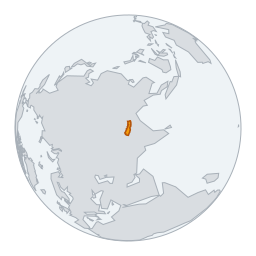 Nepal on an orthographic globe, rotated 259°
{"feature_id": "NPL", "entity_name": "Nepal", "entity_type": "country or territory", "adm_level": 0, "iso_a3": "NPL", "parent_name": "Asia", "parent_adm1": "", "projection": "orthographic", "projection_center": [84.322, 28.374], "detail": "coarse", "context": "on_globe", "style": "filled", "palette": "amber", "viewbox_px": 256, "rotation_deg": 259, "n_neighbors": 0, "source": "natural_earth", "source_scale": "50m", "svg_char_len": 10929}
<svg xmlns="http://www.w3.org/2000/svg" viewBox="0 0 256 256"><g transform="rotate(259 128 128)"><circle cx="128" cy="128" r="113" fill="#eef3f6" stroke="#a8b0b8"/><path d="M165.2,21.7L164.9,21.7L170.9,25.2L175.9,27.6L172.3,26.3L184.0,32.1L189.3,36.3L181.4,30.9L179.0,29.9L181.6,32.2L179.8,31.6L180.0,32.6L177.6,31.9L173.2,29.1L171.5,28.7L173.4,30.4L172.2,31.0L169.7,28.6L167.3,29.5L159.5,25.8L154.5,21.0L148.2,19.5L137.9,16.5L136.9,16.7L132.3,16.1L129.4,16.2L128.3,15.9L127.0,16.3L128.5,16.6L128.5,16.9L126.9,17.1L125.2,16.7L125.8,16.5L124.5,16.5L124.3,16.2L123.5,16.5L121.7,16.1L121.2,16.8L117.8,16.8L117.2,16.5L120.3,16.1L125.9,15.4L133.9,15.5L141.8,16.2L149.7,17.5L157.5,19.3L165.2,21.7ZM110.6,16.7L112.2,16.5L108.6,17.1L104.0,18.0L102.2,18.4L101.9,18.4L110.6,16.7ZM100.0,18.9L99.2,19.2L94.3,20.5L100.0,18.9ZM179.9,29.6L178.3,28.5L180.5,29.8L179.9,29.6ZM180.5,32.8L181.5,33.4L181.2,33.7L180.5,32.8ZM114.0,16.3L113.1,16.4L114.0,16.3ZM115.8,16.1L116.5,16.0L117.5,15.9L117.0,16.0L115.8,16.1ZM177.2,32.9L176.3,33.4L176.4,32.4L177.2,32.9ZM114.6,16.3L119.0,15.8L120.6,15.7L120.1,16.0L114.6,16.3ZM175.3,33.3L173.3,34.7L175.4,36.0L168.2,33.6L172.3,33.0L172.1,31.6L173.6,32.8L175.3,33.3ZM129.7,16.6L128.0,16.3L130.8,16.4L129.7,16.6ZM131.6,16.6L140.5,17.1L142.2,17.8L138.9,17.4L142.3,18.5L138.8,18.6L136.1,18.0L135.7,17.5L134.7,18.0L131.6,16.6ZM164.6,32.2L163.5,32.3L163.8,31.7L164.6,32.2ZM128.6,17.1L130.3,17.0L131.9,17.6L128.9,17.9L129.4,17.6L128.6,17.1ZM145.0,18.8L145.7,19.4L143.0,19.6L142.9,19.9L138.9,18.7L145.0,18.8ZM128.2,17.5L127.4,18.0L125.2,18.0L127.1,17.2L128.2,17.5ZM133.6,17.7L134.3,18.0L132.9,17.9L133.6,17.7ZM116.9,18.4L118.9,18.1L119.9,18.4L116.9,18.4ZM127.2,18.2L128.0,18.3L128.6,18.4L127.6,18.7L127.2,18.2ZM137.3,19.0L136.0,19.0L138.8,19.5L136.9,19.9L134.5,19.0L134.8,19.5L134.2,19.6L132.9,18.8L137.3,19.0ZM128.5,19.5L124.8,18.8L121.0,19.2L120.0,18.9L126.3,18.4L128.5,19.5ZM131.2,19.1L129.3,19.3L129.0,18.8L130.1,18.4L131.2,19.1ZM136.4,20.5L140.0,20.1L140.3,20.4L136.4,20.5ZM127.4,19.7L128.3,19.8L127.2,19.7L127.4,19.7ZM133.7,20.3L134.9,20.1L135.3,20.3L133.7,20.3ZM129.1,20.4L128.0,20.2L128.7,19.9L129.1,20.4ZM131.3,20.4L131.6,20.8L129.6,19.9L131.7,20.3L131.3,20.4ZM133.9,20.5L134.6,20.6L133.4,20.6L133.9,20.5ZM127.0,21.9L124.4,20.8L126.0,20.1L128.3,21.2L127.0,21.9ZM23.2,86.6L25.5,81.3L36.6,69.9L36.1,73.6L41.6,79.0L41.8,80.9L38.0,85.2L39.7,97.4L43.8,94.8L48.4,103.2L53.4,106.2L60.7,97.5L52.5,92.4L54.1,86.8L63.1,86.8L70.7,91.7L71.6,89.7L69.4,83.0L73.8,80.8L68.9,80.5L68.9,83.1L65.9,83.1L65.7,80.8L67.3,80.0L65.7,77.9L58.7,82.6L58.0,85.8L52.3,83.3L50.6,88.5L48.1,89.5L50.1,81.3L51.9,79.1L53.6,69.1L51.2,71.1L49.5,80.8L48.8,79.3L45.6,82.7L47.6,79.0L50.1,68.3L46.7,66.3L37.8,71.5L36.8,70.0L38.0,66.1L45.8,57.8L47.2,62.0L50.0,59.6L53.6,54.2L53.8,56.1L55.4,54.6L56.3,56.1L61.5,54.5L63.0,55.9L68.7,51.9L70.3,52.2L66.4,54.4L64.6,56.8L68.8,60.7L70.7,60.5L74.1,57.7L74.8,59.3L77.5,56.2L81.8,57.4L78.9,53.4L82.8,50.6L87.4,49.7L88.2,48.2L80.7,49.7L78.2,51.0L76.9,53.2L69.6,56.7L67.3,56.2L73.0,50.1L70.4,48.9L76.0,45.2L92.7,42.7L97.8,43.8L98.4,51.4L95.1,52.6L93.2,50.3L91.5,55.0L93.3,53.4L93.9,54.9L97.8,52.9L98.4,54.0L101.1,50.5L102.3,51.6L100.6,53.7L107.3,52.2L110.8,54.0L112.0,53.2L112.4,51.8L116.5,55.3L117.3,54.6L116.2,53.1L116.9,50.9L119.8,48.3L121.1,49.6L120.2,50.7L120.3,55.2L117.8,58.2L118.6,58.5L121.1,56.3L121.0,50.7L122.4,48.9L123.0,51.3L122.9,50.3L124.0,49.8L126.3,50.6L125.9,47.9L136.2,41.9L141.7,43.3L141.0,45.9L149.6,44.1L155.1,46.4L154.1,45.0L157.5,43.6L155.8,42.8L155.6,42.1L163.6,39.0L166.5,39.6L168.8,37.3L168.3,36.6L166.3,36.0L168.2,33.6L175.4,36.0L176.2,37.2L180.2,38.1L181.5,41.1L184.4,44.1L183.5,47.3L185.9,49.7L187.2,49.8L191.4,53.5L195.6,61.1L186.6,54.4L179.2,44.3L181.7,48.2L179.5,47.2L179.3,48.7L181.3,51.6L182.5,52.0L177.1,57.7L178.4,66.6L182.4,65.3L185.9,67.5L190.9,78.1L187.3,94.6L191.9,98.9L192.9,102.1L190.4,104.8L188.9,100.0L185.4,98.9L185.0,96.0L180.4,99.2L179.6,95.2L176.5,99.9L178.8,102.7L183.1,101.2L180.8,107.3L186.5,112.0L188.2,118.6L182.4,131.7L174.7,136.5L174.5,138.6L170.9,136.7L167.0,141.4L174.3,152.2L174.4,155.5L167.6,162.6L167.3,160.2L157.8,155.1L156.6,163.1L163.8,168.9L166.3,176.1L161.0,174.3L158.4,168.0L155.0,166.0L155.5,159.1L152.0,149.1L146.6,151.3L146.6,147.1L140.8,138.6L132.9,141.4L120.4,152.2L119.4,162.7L114.8,166.9L107.7,151.2L106.7,140.7L102.8,141.2L96.6,131.4L82.1,127.9L81.2,124.9L78.2,125.5L74.1,121.5L73.2,116.5L70.2,115.8L72.7,128.9L76.1,129.7L80.7,126.3L80.6,130.6L84.8,135.4L75.8,143.3L56.1,145.8L56.3,137.7L52.2,111.9L53.5,109.8L53.6,109.5L53.6,109.0L51.1,112.2L51.1,107.3L51.1,124.4L50.1,131.1L55.8,146.2L54.8,147.0L57.2,150.5L67.7,151.2L67.3,153.7L61.1,163.6L48.5,173.7L51.3,184.4L52.5,192.3L47.4,194.2L50.6,200.6L48.3,200.9L50.0,204.1L49.7,206.0L48.3,206.5L42.9,201.7L40.3,198.5L34.3,190.1L25.0,171.7L24.0,166.0L22.6,159.9L19.0,143.3L19.6,136.9L19.2,132.8L18.0,131.3L17.7,126.4L17.2,124.9L15.8,118.3L15.8,118.1L16.8,110.1L18.4,102.1L20.5,94.3L23.2,86.6ZM29.5,77.7L28.4,79.5L29.5,77.7ZM76.6,102.2L82.6,104.9L83.6,97.7L86.0,98.2L85.5,95.7L83.7,97.2L82.9,90.6L86.8,89.8L88.0,87.0L86.1,86.0L79.0,88.6L80.0,97.9L77.1,99.8L76.6,102.2ZM63.6,45.7L62.7,47.3L60.5,48.5L58.6,47.6L61.8,45.7L63.6,45.7ZM61.8,49.3L68.0,44.1L69.4,44.7L67.6,45.2L67.9,46.1L65.0,47.2L60.4,53.3L58.1,54.8L55.8,51.8L57.8,51.8L58.6,50.1L61.8,49.3ZM81.2,32.2L83.9,30.7L83.5,33.9L81.1,35.0L79.0,33.9L80.7,32.0L81.2,32.2ZM112.9,17.2L114.0,17.0L114.4,17.0L113.9,17.3L112.9,17.2ZM117.8,18.2L108.8,18.7L109.5,18.3L103.4,19.4L102.9,18.9L106.9,18.2L102.0,18.8L105.5,18.0L101.9,18.6L110.9,17.0L113.8,16.5L110.7,17.2L111.0,17.6L112.0,17.6L117.0,17.4L123.4,16.8L124.7,17.4L124.0,17.9L122.6,18.1L122.2,17.6L120.7,18.3L119.1,17.8L117.8,18.2ZM114.2,27.9L114.3,26.6L111.1,29.1L109.4,28.1L109.1,28.4L106.7,28.3L103.3,28.8L103.0,28.2L101.8,28.6L100.1,28.7L98.4,29.2L97.2,28.3L95.0,29.0L95.7,28.2L92.2,29.6L94.3,28.3L92.3,28.3L91.3,29.6L89.3,25.4L86.8,25.1L83.6,25.8L87.6,23.8L93.2,22.1L98.9,21.2L100.8,21.9L102.3,21.0L103.6,21.2L101.8,21.8L105.3,21.0L105.9,21.3L111.0,21.4L115.6,20.3L117.6,20.5L116.1,21.0L119.1,20.8L117.6,22.1L119.0,22.2L119.0,23.8L115.3,25.1L117.1,25.2L117.1,26.6L114.2,27.9ZM126.9,22.4L122.8,23.8L120.0,24.0L121.3,21.2L120.2,20.9L121.0,19.4L125.2,19.2L124.6,19.6L125.0,20.0L123.5,19.9L125.0,20.2L124.2,20.9L125.1,21.4L123.5,21.7L126.9,22.4ZM43.8,80.0L44.3,81.0L45.5,81.9L43.5,84.1L43.8,80.0ZM45.4,72.7L46.1,73.1L43.8,76.4L43.3,75.5L45.4,72.7ZM48.5,70.6L46.3,72.8L47.2,71.1L48.5,70.6ZM67.3,54.6L68.3,55.0L67.6,55.7L66.2,56.4L67.3,54.6ZM104.3,36.2L104.8,35.2L105.6,35.1L108.6,33.2L110.0,33.9L108.8,35.4L104.3,36.2ZM58.2,98.3L55.6,99.3L55.3,97.9L56.3,97.8L58.2,98.3ZM48.3,91.5L49.6,94.3L47.7,92.1L48.3,91.5ZM106.4,36.8L107.5,35.8L107.6,36.8L106.4,36.8ZM111.3,34.4L111.7,35.4L110.6,33.8L111.3,34.4ZM108.2,236.5L110.3,237.2L108.5,237.0L108.2,236.5ZM67.5,196.9L66.2,208.4L62.0,206.9L59.4,202.6L58.7,195.1L63.0,194.6L64.6,191.5L67.5,196.9ZM191.1,187.9L193.9,187.6L193.8,188.0L191.1,187.9ZM188.3,187.1L191.6,186.4L187.6,188.2L188.3,187.1ZM192.8,186.2L196.1,184.5L197.5,183.4L197.2,184.4L192.8,186.2ZM186.0,187.6L173.3,189.9L168.2,189.4L169.5,187.6L177.8,186.8L186.0,187.6ZM169.1,187.7L161.0,183.9L149.3,170.8L153.5,170.8L165.6,178.3L164.9,179.8L169.7,182.9L169.1,187.7ZM188.1,175.8L187.3,180.3L180.3,181.3L177.1,181.2L174.9,175.9L176.2,172.9L178.8,172.5L188.6,160.7L192.1,162.4L189.2,167.2L192.1,170.5L188.1,175.8ZM119.9,163.7L122.8,169.9L120.2,170.8L119.9,163.7ZM192.1,152.8L188.5,158.1L191.6,151.4L192.1,152.8ZM193.7,146.6L194.2,148.9L192.4,147.0L193.7,146.6ZM174.8,141.8L172.0,142.8L171.7,141.2L175.1,139.0L174.8,141.8ZM189.5,124.2L190.3,129.1L190.0,130.9L188.4,128.2L189.5,124.2ZM120.5,44.0L114.7,45.6L111.5,47.7L111.2,50.2L109.1,47.6L114.1,44.3L120.5,44.0ZM134.1,41.9L134.4,40.0L135.9,40.6L136.1,41.1L134.1,41.9ZM133.1,40.9L130.3,39.2L131.5,38.0L133.5,39.6L133.1,40.9ZM118.1,37.5L116.3,37.8L116.3,37.0L118.1,37.5ZM201.3,213.6L202.3,212.7L203.4,211.7L201.3,213.6ZM209.3,205.9L205.2,209.9L205.5,209.5L203.5,211.4L201.8,212.4L203.1,210.0L201.0,211.8L204.0,208.6L200.5,211.9L200.6,210.4L198.2,210.9L179.2,221.4L175.6,221.8L177.8,219.4L177.1,213.7L178.4,213.5L179.1,209.0L191.1,201.9L200.2,191.3L205.3,190.0L210.2,182.2L215.1,180.5L212.8,186.1L216.8,186.7L222.1,174.1L222.1,183.9L223.4,185.6L220.9,191.4L209.7,205.5L209.3,205.9ZM236.0,158.1L236.3,157.2L236.2,157.5L236.0,158.1ZM198.0,186.5L202.0,182.1L204.0,181.2L198.0,186.5ZM235.9,157.3L235.4,158.0L235.6,157.3L235.9,157.3ZM236.2,155.7L236.3,154.9L236.2,156.5L236.2,155.7ZM235.4,155.2L235.9,155.9L235.3,155.5L235.4,155.2ZM235.0,156.0L234.5,156.0L234.5,155.6L235.0,156.0ZM227.4,164.0L229.4,167.3L227.3,168.9L225.1,167.3L222.6,171.8L217.3,174.2L218.8,171.6L218.3,168.9L212.4,170.4L211.2,168.9L213.4,166.7L209.3,166.7L213.9,164.0L215.6,167.4L218.1,163.1L222.0,161.9L225.6,161.2L228.1,162.4L227.4,164.0ZM213.5,173.0L214.3,172.6L213.5,174.1L213.5,173.0ZM233.5,154.9L234.2,156.0L234.1,156.6L233.7,156.7L233.5,154.9ZM228.7,161.3L231.6,155.9L232.2,155.4L230.2,160.6L228.7,161.3ZM231.1,154.2L232.2,153.7L232.7,155.1L232.4,155.8L231.1,154.2ZM204.2,172.7L204.0,173.9L202.8,173.4L204.2,172.7ZM205.9,171.5L209.5,171.4L205.5,172.6L205.9,171.5ZM194.0,171.0L195.2,173.4L198.9,170.7L196.0,173.9L198.4,177.6L197.5,179.5L195.2,175.4L194.1,180.6L192.4,180.9L191.6,176.9L193.4,171.3L195.1,168.7L201.8,166.0L194.0,171.0ZM205.9,168.2L204.9,165.3L205.6,163.0L206.7,164.3L205.9,168.2ZM201.7,158.5L198.7,155.5L196.2,157.7L201.0,151.0L203.1,154.9L201.7,158.5ZM198.7,150.9L196.4,152.8L198.7,149.1L198.7,150.9ZM195.7,151.7L195.2,149.1L197.1,149.0L195.7,151.7ZM200.0,150.6L200.0,146.0L201.2,148.4L200.0,150.6ZM193.7,143.3L198.3,146.7L192.8,146.1L191.4,137.4L193.7,136.6L193.7,143.3ZM199.2,104.2L198.0,101.8L199.7,100.7L200.1,102.6L199.2,104.2ZM204.3,95.5L199.8,99.6L196.0,103.2L197.7,104.0L197.9,108.6L194.7,105.2L196.5,99.6L199.6,97.6L199.0,93.9L200.6,90.7L198.6,86.5L198.9,84.3L201.7,87.6L204.3,95.5ZM197.6,84.8L194.6,77.3L198.4,77.2L199.9,78.8L199.7,82.3L197.7,82.1L197.6,84.8ZM195.0,75.5L193.1,75.4L184.7,65.8L183.9,63.8L192.2,70.6L190.9,70.9L192.3,73.4L195.0,75.5ZM164.4,32.9L163.5,32.3L164.8,32.6L164.4,32.9ZM154.6,41.7L154.5,40.7L156.0,41.0L154.6,41.7ZM155.0,38.3L153.4,38.7L154.6,37.7L155.0,38.3ZM149.9,39.6L152.5,38.5L150.8,40.4L149.9,39.6Z" fill="#d9dde1" stroke="#a8b0b8" stroke-width="1"/><path d="M134.6,128.9L134.4,130.3L134.7,131.0L134.6,131.7L133.2,131.9L132.7,131.5L132.2,131.8L131.0,131.4L130.6,131.5L130.3,131.0L129.5,131.2L128.6,130.6L128.5,130.1L127.6,129.7L127.1,130.0L126.5,129.8L126.2,130.0L125.2,129.7L125.1,129.4L124.7,129.4L123.9,128.9L123.7,129.0L122.5,128.0L121.6,127.4L121.3,127.4L120.7,126.9L121.2,125.5L121.7,124.8L122.2,124.4L122.7,124.7L123.1,124.1L123.8,124.0L124.1,124.1L124.4,124.6L125.5,125.4L126.0,125.6L126.7,126.4L127.3,126.2L127.6,126.3L127.8,126.9L128.8,127.6L129.4,127.6L129.4,128.1L130.3,128.2L130.9,128.9L131.1,128.5L131.6,128.8L132.0,128.5L132.9,129.0L134.6,128.9Z" fill="#f59e0b" stroke="#b45309" stroke-width="1.5"/></g></svg>